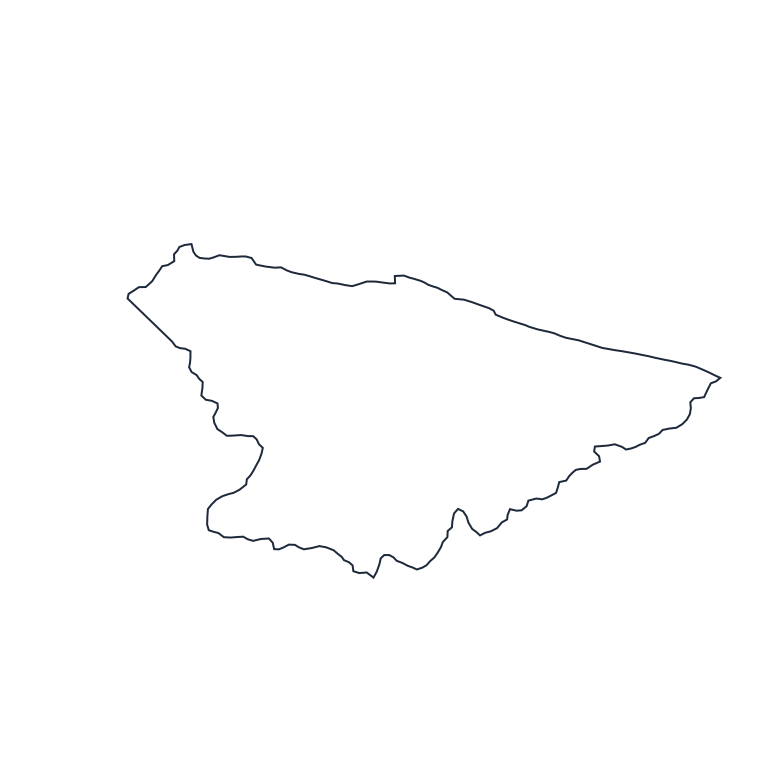 Sapucaia, Rio de Janeiro, Brazil (Albers equal-area conic projection), rotated 41°
{"feature_id": "56859067B28988673351798", "entity_name": "Sapucaia", "entity_type": "district", "adm_level": 2, "iso_a3": "BRA", "parent_name": "Brazil", "parent_adm1": "Rio de Janeiro", "projection": "albers", "projection_center": [-42.818, -22.019], "detail": "fine", "context": "isolated", "style": "outline", "palette": "slate", "viewbox_px": 768, "rotation_deg": 41, "n_neighbors": 0, "source": "geoboundaries", "source_scale": "gbopen_adm2", "svg_char_len": 3321}
<svg xmlns="http://www.w3.org/2000/svg" viewBox="0 0 768 768"><g transform="rotate(41 384 384)"><path d="M283.5,338.3L278.5,341.9L274.5,343.6L269.8,345.7L262.1,349.3L257.0,351.5L252.1,353.8L247.8,356.6L240.8,360.3L236.2,362.0L229.8,363.5L225.1,368.0L217.5,373.1L209.2,377.8L201.4,375.8L196.1,378.4L192.6,381.4L189.2,384.8L184.1,389.4L180.5,391.6L175.3,394.8L172.6,399.8L169.9,404.1L166.1,407.1L162.1,409.8L157.9,410.4L153.3,409.2L146.9,404.7L142.4,409.8L139.7,414.8L140.6,419.2L140.4,423.8L145.1,428.9L142.8,436.1L139.3,440.6L140.0,445.6L140.4,450.9L141.6,458.5L140.6,467.1L135.5,471.7L133.9,477.7L132.1,483.6L134.4,487.7L196.2,491.0L202.1,492.3L206.6,490.7L210.7,487.9L216.4,486.2L220.7,491.2L223.6,495.1L225.9,499.2L230.9,501.2L236.7,500.2L241.4,501.4L245.8,501.4L249.5,506.0L253.7,512.5L259.8,512.8L265.2,509.6L271.1,507.9L274.4,511.1L275.7,515.9L276.8,520.8L281.3,524.6L287.8,527.3L293.9,526.5L299.3,526.2L303.0,522.9L309.6,516.3L315.6,512.5L319.5,509.2L324.2,509.3L329.1,511.5L334.4,511.7L337.1,516.6L339.6,523.1L341.1,529.9L342.3,535.0L343.2,540.7L343.0,545.9L345.9,550.2L344.3,558.7L341.9,564.8L339.1,568.8L335.6,574.7L333.3,581.5L332.9,588.0L333.1,593.8L337.4,599.6L342.8,606.2L347.7,609.3L352.4,607.3L356.9,605.1L363.6,604.7L369.0,600.5L373.2,596.2L377.9,591.6L382.9,590.6L388.1,588.3L392.8,581.7L398.5,576.1L404.2,576.8L409.4,580.7L413.1,577.8L415.2,573.7L417.6,567.6L422.4,563.8L426.9,563.1L432.0,561.3L437.3,554.9L441.6,548.7L447.5,545.2L455.1,542.5L460.8,542.5L465.4,542.2L469.4,543.2L474.4,541.5L479.3,541.5L483.7,545.4L489.4,542.9L494.6,537.6L503.1,537.0L501.6,530.2L498.8,523.1L495.9,517.7L496.4,513.0L500.3,509.6L505.1,508.6L509.6,509.1L515.5,506.9L521.0,505.7L525.8,503.8L530.5,502.4L533.5,497.3L535.0,492.9L535.0,487.6L535.8,481.8L535.1,475.7L534.0,469.7L532.1,464.8L532.3,458.0L528.5,453.1L529.3,447.6L525.7,442.8L521.8,435.8L521.8,429.7L527.3,428.2L533.4,429.9L538.6,433.2L545.5,435.5L551.1,435.1L555.8,435.3L557.9,430.0L561.2,425.2L563.9,418.6L563.7,411.1L565.8,405.5L563.2,401.7L561.2,395.8L567.1,392.7L570.7,389.1L571.8,382.7L569.5,377.3L574.1,370.5L579.0,367.3L581.3,363.4L583.0,359.3L585.3,353.3L582.8,347.5L580.6,343.1L584.9,337.3L584.2,332.2L584.4,327.6L585.1,323.0L588.0,319.2L592.5,315.2L594.5,308.0L597.9,300.8L593.7,297.4L586.9,297.1L584.2,292.8L588.9,288.1L593.4,283.5L597.7,278.1L604.9,275.3L609.6,274.7L612.8,270.5L615.2,266.4L616.8,262.2L619.7,257.1L619.2,251.1L622.0,246.1L624.2,241.2L624.4,235.9L628.3,230.8L633.4,225.1L635.5,218.5L635.9,212.0L634.6,206.1L631.5,201.0L627.2,196.9L627.3,191.4L630.8,188.0L634.2,183.9L632.2,176.9L630.2,169.1L632.8,164.3L633.8,158.7L627.5,160.6L623.4,161.6L617.6,163.3L607.9,166.4L601.4,169.5L595.8,172.9L589.3,176.3L585.2,178.5L579.8,181.7L571.1,186.5L565.9,189.2L552.9,196.6L542.1,203.1L536.0,207.0L525.0,213.6L502.3,223.3L491.1,229.7L485.0,232.2L479.6,233.9L475.1,236.0L471.1,238.2L464.3,241.9L456.3,245.5L452.2,246.8L440.1,252.1L433.6,254.7L429.5,256.2L422.8,258.4L418.7,256.7L413.4,257.9L405.8,261.0L397.2,264.3L389.2,267.8L381.3,273.4L376.6,273.4L371.6,273.4L365.4,275.3L361.3,276.3L356.6,278.4L352.3,280.1L348.2,280.8L344.0,282.1L337.5,285.0L333.5,287.0L327.9,289.1L321.3,295.4L326.3,300.7L322.7,304.1L318.4,307.0L310.6,312.1L303.8,317.9L298.8,326.3L295.8,331.0L289.7,334.9L283.5,338.3Z" fill="none" stroke="#1e293b" stroke-width="2"/></g></svg>